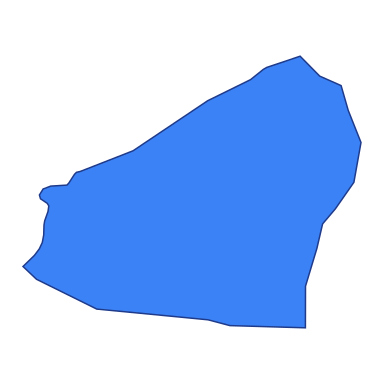 outline of Zinguldak
{"feature_id": "TUR-3010", "entity_name": "Zinguldak", "entity_type": "Province", "adm_level": 1, "iso_a3": "TUR", "parent_name": "Turkey", "parent_adm1": "", "projection": "mercator", "projection_center": [31.729, 41.309], "detail": "fine", "context": "isolated", "style": "filled", "palette": "blue", "viewbox_px": 384, "rotation_deg": 0, "n_neighbors": 0, "source": "natural_earth", "source_scale": "10m", "svg_char_len": 596}
<svg xmlns="http://www.w3.org/2000/svg" viewBox="0 0 384 384"><path d="M23.0,266.5L34.4,255.4L39.3,248.9L42.3,242.5L43.7,235.0L44.0,225.0L44.7,220.8L48.0,211.5L48.8,205.9L47.2,203.3L40.5,198.8L39.4,195.0L43.1,189.0L50.7,186.1L66.9,185.1L68.8,183.1L74.5,174.3L76.5,172.3L80.1,171.5L133.0,150.8L207.7,100.7L250.6,79.6L263.3,69.4L266.8,67.4L300.1,56.2L319.7,76.1L341.1,85.6L348.2,110.3L361.0,142.5L353.9,182.3L335.4,208.8L322.6,223.9L316.9,248.4L305.5,286.2L305.4,327.8L229.9,325.6L208.0,319.8L182.3,317.3L96.8,309.1L36.5,279.3L23.0,266.5Z" fill="#3b82f6" stroke="#1e3a8a" stroke-width="1.5"/></svg>